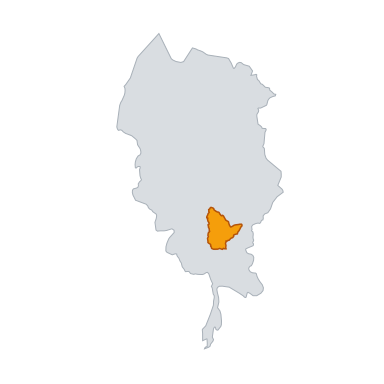 Baghlan highlighted on a map of Afghanistan, rotated 114°
{"feature_id": "AFG-1766", "entity_name": "Baghlan", "entity_type": "Province", "adm_level": 1, "iso_a3": "AFG", "parent_name": "Afghanistan", "parent_adm1": "", "projection": "mercator", "projection_center": [68.855, 35.789], "detail": "fine", "context": "in_parent", "style": "filled", "palette": "amber", "viewbox_px": 384, "rotation_deg": 114, "n_neighbors": 0, "source": "natural_earth", "source_scale": "10m", "svg_char_len": 6809}
<svg xmlns="http://www.w3.org/2000/svg" viewBox="0 0 384 384"><g transform="rotate(114 192 192)"><path d="M168.7,114.0L175.5,113.4L180.1,114.3L182.5,116.7L184.9,117.3L187.3,116.1L188.7,115.9L189.3,116.7L190.4,117.0L192.2,116.9L193.2,117.5L193.5,119.0L194.8,120.8L197.2,123.0L199.3,123.5L202.0,121.8L203.0,122.0L203.4,121.5L203.7,120.2L205.4,119.0L208.5,117.9L210.2,116.9L210.8,116.1L211.9,115.9L213.0,116.1L213.8,115.8L214.4,114.7L215.5,114.3L216.4,114.5L220.6,118.5L222.2,119.7L223.0,119.5L225.1,117.3L225.4,115.3L224.8,112.7L225.2,110.6L226.6,109.0L229.2,108.0L232.9,107.6L235.2,107.8L236.1,108.7L237.2,109.1L238.6,109.2L240.0,108.3L241.2,106.3L241.2,103.8L240.2,100.9L240.5,100.0L242.4,98.5L244.4,96.3L246.3,93.5L248.2,90.0L250.5,87.8L253.2,87.0L256.5,87.9L260.4,90.7L261.9,94.0L261.0,97.9L260.9,100.1L261.7,100.5L266.1,99.8L266.7,100.3L266.7,101.4L266.0,103.1L265.2,107.8L263.8,119.3L265.7,126.0L267.0,128.7L268.3,129.6L269.6,129.9L270.9,129.7L273.6,127.9L277.7,124.7L281.6,122.7L287.3,121.6L289.2,118.2L291.9,115.9L298.0,112.5L301.3,111.2L303.1,111.0L307.7,112.2L308.0,113.3L307.7,114.4L306.4,115.3L306.0,116.0L306.4,116.6L308.3,116.7L316.3,114.4L318.1,112.3L319.8,112.2L323.2,113.1L325.7,112.8L327.1,113.7L330.2,116.8L329.2,116.9L327.8,116.3L327.0,115.3L323.8,116.6L320.2,118.5L320.3,119.0L323.5,121.8L316.8,124.8L313.8,126.5L313.1,126.6L308.7,125.0L296.2,125.5L286.7,126.4L283.0,127.9L279.5,128.7L277.7,129.5L276.6,131.1L271.3,134.6L270.4,135.9L267.4,135.8L264.4,139.2L260.0,143.3L259.1,145.2L259.8,146.2L262.1,147.7L263.2,149.0L264.8,153.0L265.5,155.7L266.5,156.9L267.1,160.2L266.0,162.1L266.0,163.0L267.4,165.5L267.1,166.2L266.0,167.4L264.3,170.5L261.2,172.9L259.9,174.9L257.7,177.2L256.8,179.1L255.8,180.2L254.9,180.7L255.1,181.8L256.0,183.0L257.4,184.5L257.3,190.3L256.5,191.9L252.6,193.5L248.9,194.1L244.3,194.2L242.6,193.9L236.2,191.8L234.2,192.9L233.8,195.4L237.4,199.5L238.9,201.8L240.6,205.6L241.8,207.6L241.4,209.4L234.8,213.5L230.7,213.9L228.1,214.6L226.8,215.6L225.9,219.9L224.9,221.4L224.9,223.3L224.1,225.4L222.7,226.8L221.8,229.0L222.5,240.2L218.8,244.7L216.7,246.3L214.6,247.1L213.0,246.8L210.9,244.2L209.4,243.3L208.0,243.5L206.5,244.4L204.1,244.1L202.1,243.2L201.1,243.3L200.5,244.2L198.3,246.1L193.0,249.0L190.8,249.2L189.9,249.9L190.3,251.1L191.2,252.1L192.9,252.8L192.9,253.6L190.2,255.1L187.5,256.0L184.3,256.4L181.0,255.9L179.3,254.6L177.3,254.5L175.5,255.4L173.6,256.9L171.0,260.9L167.2,263.3L166.3,265.7L165.1,270.1L165.5,276.4L165.0,279.3L164.2,281.1L164.3,282.6L165.6,284.3L165.1,285.3L164.0,286.5L163.0,287.2L142.2,293.3L138.9,293.5L137.1,293.2L131.2,293.2L128.8,293.6L126.3,294.5L124.5,295.5L123.1,297.0L120.7,296.2L112.9,294.7L92.0,296.6L90.0,296.3L60.7,286.7L78.7,265.1L79.2,263.2L79.3,259.7L78.2,254.9L76.3,252.7L60.2,250.2L59.7,246.5L59.9,244.8L59.6,241.6L59.6,239.1L60.4,235.0L60.4,233.2L55.3,214.7L55.2,212.9L58.3,208.6L62.1,204.5L61.9,203.7L60.0,203.2L57.0,203.2L55.5,202.5L54.3,201.4L53.8,199.7L54.6,196.7L53.8,190.9L56.8,185.9L61.5,185.6L59.1,182.0L58.6,181.6L58.4,181.0L58.7,180.4L59.9,180.2L62.7,177.9L62.9,176.5L65.2,173.1L65.0,171.6L66.5,167.6L65.7,164.9L65.6,163.4L67.3,162.4L68.4,158.6L69.0,157.7L69.1,156.8L68.7,155.2L70.3,155.0L71.8,156.9L74.1,159.0L75.6,159.6L77.5,159.9L81.7,159.2L82.5,159.3L86.9,163.0L87.7,163.9L88.1,165.3L88.8,165.8L90.3,164.3L91.7,163.9L94.6,164.3L96.1,163.8L103.1,159.3L103.7,156.4L104.3,154.8L105.3,153.8L104.1,150.5L104.5,149.8L105.5,149.5L107.8,149.6L118.6,145.9L121.4,145.9L122.0,145.6L122.2,144.6L123.0,143.5L128.1,140.8L131.0,138.1L132.1,136.0L136.9,119.1L139.5,117.7L142.1,116.6L151.1,116.3L152.7,111.1L153.5,109.8L155.1,108.6L161.7,112.3L168.7,114.0Z" fill="#d9dde1" stroke="#a8b0b8" stroke-width="1"/><path d="M235.6,150.7L235.4,151.3L235.1,151.5L234.6,151.8L234.4,152.0L234.0,152.7L233.9,152.9L233.7,153.1L233.4,153.1L233.1,153.2L232.9,153.2L232.3,153.9L232.2,154.4L232.1,154.8L232.1,155.3L231.8,156.5L231.7,156.8L231.5,157.0L230.6,157.3L228.2,158.9L227.8,159.0L226.8,158.9L225.9,159.0L225.7,159.1L225.4,159.5L224.9,160.0L224.4,160.0L224.1,160.0L223.8,160.2L223.7,160.3L223.1,160.3L222.2,160.5L221.9,160.1L221.7,160.0L221.4,160.1L220.7,159.9L220.3,160.3L220.1,160.5L219.9,160.7L219.8,160.8L219.7,160.8L218.7,161.2L218.5,161.4L218.3,161.5L218.0,162.1L217.8,162.4L217.7,162.5L216.8,162.9L216.6,163.0L216.4,163.4L215.5,163.9L215.4,164.0L215.2,164.0L214.4,163.4L213.6,163.7L213.3,163.9L213.2,164.0L213.0,164.4L212.6,164.8L212.4,165.3L212.2,165.5L210.8,166.6L210.5,166.8L209.6,166.9L209.5,167.0L209.4,167.1L209.5,167.3L209.6,167.5L209.6,168.0L209.0,168.3L208.6,168.4L207.6,168.4L206.5,168.3L205.2,168.5L204.9,168.4L203.5,168.0L203.4,168.1L203.3,168.3L203.2,168.4L203.1,168.6L202.9,168.8L202.6,168.9L202.1,169.1L201.7,169.3L201.5,169.5L201.4,169.6L201.2,169.6L200.4,169.0L200.3,168.9L200.2,168.9L199.6,169.0L199.4,169.0L199.2,168.9L198.5,168.6L198.4,168.5L198.3,168.4L198.2,167.5L198.2,167.3L198.2,167.2L198.2,166.9L198.1,166.7L198.1,166.4L198.2,165.9L198.2,165.7L198.3,165.5L198.4,165.4L198.5,165.2L199.1,164.9L199.3,164.6L199.3,164.4L199.5,164.1L199.5,163.9L199.6,163.2L199.8,162.8L199.8,162.7L199.9,162.4L199.8,161.9L199.8,161.7L199.8,161.4L200.0,161.1L200.0,160.9L200.0,160.7L199.7,159.9L199.6,159.5L199.7,158.9L200.7,157.8L200.8,157.7L200.8,157.3L200.9,157.0L201.3,156.5L201.6,156.1L201.7,155.3L201.5,155.0L201.4,155.0L200.9,154.7L200.9,154.4L200.9,154.2L201.0,153.9L201.1,153.5L203.9,149.8L204.0,149.7L204.0,148.9L204.1,148.6L204.2,147.7L204.2,147.2L204.4,146.6L204.5,146.5L204.6,146.3L205.2,146.0L206.9,144.5L207.3,144.0L208.2,142.6L208.1,142.4L208.0,142.1L207.9,142.0L207.4,141.5L206.1,140.6L205.3,140.1L205.1,139.9L204.2,138.7L202.9,136.5L201.9,135.1L201.7,134.6L201.6,134.4L201.4,134.1L201.3,133.9L201.3,133.6L201.5,133.3L201.6,133.1L201.8,132.9L202.3,132.8L202.6,132.6L203.5,132.8L204.0,133.1L205.2,133.1L208.3,133.3L209.9,133.8L210.2,133.8L210.4,133.8L210.7,133.7L211.8,133.5L212.1,134.0L213.3,135.5L214.1,136.2L214.3,136.3L214.5,136.4L214.8,136.3L215.3,136.0L215.4,135.9L215.5,135.9L216.0,136.0L216.9,136.2L217.1,136.3L217.4,136.6L217.6,136.7L217.8,137.0L218.3,137.5L218.7,137.7L219.5,138.0L219.8,138.1L220.6,138.3L220.8,138.4L221.0,138.5L221.1,138.8L221.4,139.1L221.6,139.5L222.0,139.6L222.3,139.7L222.4,139.8L222.5,140.1L222.6,140.3L222.8,140.6L222.9,140.8L223.0,140.7L223.3,140.5L223.5,140.5L223.8,140.7L224.0,140.6L224.9,140.6L225.7,140.3L226.9,139.3L227.2,139.2L227.5,139.1L227.8,139.0L229.0,138.6L229.6,138.2L230.0,137.8L230.5,138.7L230.6,139.0L230.6,139.3L230.6,139.7L230.7,140.1L230.7,140.3L230.8,140.5L231.0,140.6L231.6,140.6L231.9,140.7L232.1,141.1L232.3,143.8L233.4,144.9L233.8,145.4L234.2,146.0L234.2,146.4L234.3,146.5L234.5,147.0L234.7,147.3L234.8,147.4L234.9,147.5L234.9,147.9L235.0,148.1L235.3,148.4L235.4,148.7L235.5,148.9L235.6,150.7Z" fill="#f59e0b" stroke="#b45309" stroke-width="1.5"/></g></svg>